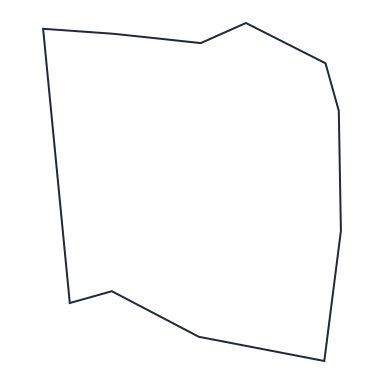 Bor-Ondor, Hentiy, Mongolia
{"feature_id": "93677404B12023571186013", "entity_name": "Bor-Ondor", "entity_type": "district", "adm_level": 2, "iso_a3": "MNG", "parent_name": "Mongolia", "parent_adm1": "Hentiy", "projection": "mercator", "projection_center": [109.413, 46.24], "detail": "fine", "context": "isolated", "style": "outline", "palette": "slate", "viewbox_px": 384, "rotation_deg": 0, "n_neighbors": 0, "source": "geoboundaries", "source_scale": "gbopen_adm2", "svg_char_len": 264}
<svg xmlns="http://www.w3.org/2000/svg" viewBox="0 0 384 384"><path d="M324.3,361.0L340.9,230.9L338.8,110.8L325.5,63.3L245.9,23.0L200.7,43.1L113.7,33.8L43.1,28.8L69.8,303.0L111.8,291.2L198.8,336.8L324.3,361.0Z" fill="none" stroke="#1e293b" stroke-width="2"/></svg>